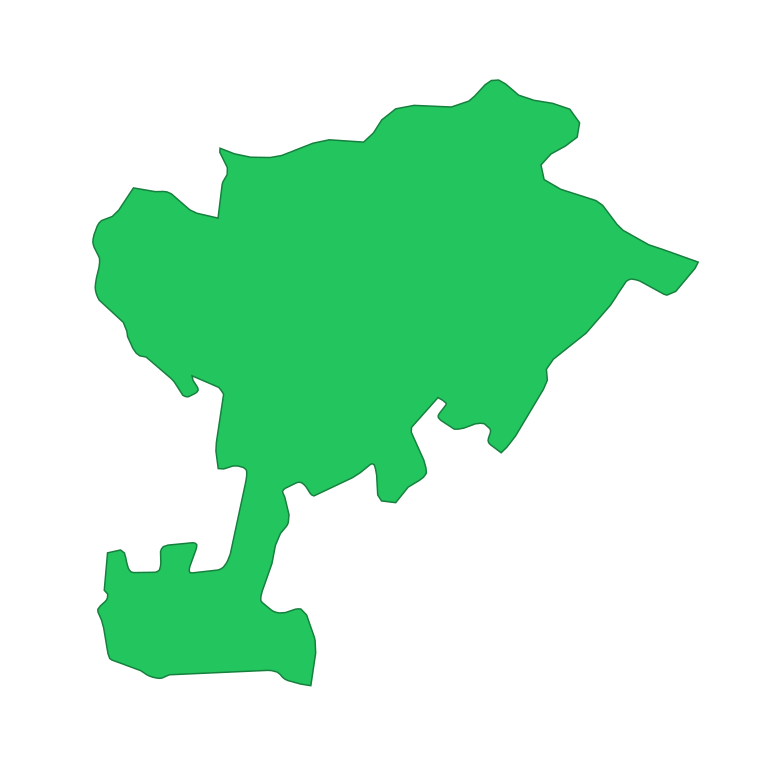 SVG path tracing the border of North Ossetia, rotated 185°
{"feature_id": "RUS-2305", "entity_name": "North Ossetia", "entity_type": "Republic", "adm_level": 1, "iso_a3": "RUS", "parent_name": "Russia", "parent_adm1": "", "projection": "natural_earth1", "projection_center": [44.363, 43.191], "detail": "fine", "context": "isolated", "style": "filled", "palette": "green", "viewbox_px": 768, "rotation_deg": 185, "n_neighbors": 0, "source": "natural_earth", "source_scale": "10m", "svg_char_len": 3425}
<svg xmlns="http://www.w3.org/2000/svg" viewBox="0 0 768 768"><g transform="rotate(185 384 384)"><path d="M296.2,696.8L288.9,693.4L284.0,689.9L275.1,683.5L259.4,679.7L240.5,678.3L222.9,674.0L211.9,661.2L213.1,646.7L224.1,636.8L237.7,627.7L246.7,615.9L242.3,601.6L235.3,598.3L225.0,593.4L188.9,585.2L181.7,581.0L165.7,563.2L159.2,557.9L132.5,545.8L117.9,542.3L81.6,532.8L84.2,526.3L101.4,501.7L109.9,497.2L112.9,497.8L138.2,508.9L141.7,509.7L146.6,510.2L149.4,509.1L151.6,507.4L159.1,493.9L160.2,491.5L165.1,482.5L187.1,452.3L217.4,423.5L223.5,412.9L221.6,402.0L224.7,392.6L248.5,343.5L256.2,331.6L261.3,325.7L272.7,332.8L274.5,334.5L275.4,336.6L275.2,339.2L273.9,344.4L273.7,346.7L274.7,348.8L280.7,353.2L284.5,353.3L289.8,352.2L300.4,347.1L306.0,345.5L310.2,345.2L323.8,352.5L325.4,353.7L326.9,355.2L327.3,357.0L326.5,359.1L320.4,368.7L320.2,369.6L320.6,370.4L323.8,372.7L329.0,375.2L352.8,343.2L352.6,338.3L337.7,311.6L334.9,304.1L334.0,299.0L335.2,296.7L336.6,294.5L340.2,291.2L350.9,283.4L362.0,266.8L376.3,267.3L380.6,272.9L383.4,292.6L385.1,298.8L386.7,302.7L388.7,303.5L390.3,302.9L400.1,293.4L407.3,287.9L444.0,266.4L446.2,267.1L448.0,268.6L452.5,274.6L454.5,276.5L457.3,278.4L459.9,278.8L462.3,278.1L473.1,271.6L474.8,270.1L475.7,268.2L475.2,266.6L473.0,262.7L467.2,245.4L467.3,237.6L468.0,235.2L469.3,233.0L474.1,226.2L478.1,213.8L480.0,195.3L487.3,166.8L488.1,161.5L487.9,157.6L486.4,155.8L476.6,149.0L474.1,147.8L471.3,147.1L468.1,146.8L462.3,147.7L452.7,151.9L450.1,152.5L447.2,152.6L441.0,147.2L431.4,125.9L430.3,122.6L428.6,110.0L430.6,77.1L440.9,77.8L453.9,80.2L456.9,81.3L459.4,82.9L462.2,85.7L465.3,87.7L470.9,88.7L474.8,88.6L572.6,75.6L579.3,71.8L582.1,71.2L585.2,71.3L588.5,71.7L591.8,72.5L595.0,73.7L601.3,77.2L631.0,85.3L633.3,86.6L635.5,91.4L642.0,116.5L644.8,124.1L649.1,132.0L649.4,134.7L647.1,138.4L643.0,142.8L641.5,144.9L640.8,147.5L641.0,150.7L644.7,154.1L644.7,191.7L632.0,195.7L627.9,193.1L626.1,188.3L624.6,183.3L622.8,178.5L621.5,176.5L619.8,174.9L617.2,174.3L595.5,176.5L593.3,177.5L591.5,179.2L590.8,182.8L590.7,186.0L592.0,197.5L591.3,200.3L589.7,202.7L585.1,204.7L560.8,209.2L558.3,209.0L556.6,207.8L556.4,205.6L556.8,202.9L561.3,186.0L561.8,183.2L561.7,180.7L560.7,179.2L558.6,179.1L533.3,184.2L530.5,185.5L528.0,187.6L525.4,191.8L524.1,195.1L522.3,201.3L513.2,274.3L512.8,280.4L513.0,283.2L513.3,285.6L514.6,287.2L516.9,288.6L522.4,289.6L527.2,289.2L536.3,285.4L541.8,285.3L545.6,302.6L545.9,311.2L542.9,359.9L545.8,363.6L548.3,366.2L575.9,375.4L574.6,371.0L570.3,365.5L569.1,363.7L568.6,361.6L569.6,359.7L571.4,358.1L577.8,354.2L580.4,354.1L583.4,355.2L593.2,367.9L596.4,370.8L623.3,390.1L629.8,390.8L633.5,393.1L637.3,397.7L643.6,408.9L644.7,414.0L649.1,422.7L675.0,442.7L676.9,445.7L677.8,447.5L678.8,449.8L679.6,452.3L680.1,455.0L680.1,459.3L679.7,464.8L678.1,475.2L677.9,480.6L678.4,484.5L679.6,486.7L684.7,495.0L685.7,497.4L686.4,499.9L686.4,503.3L685.9,507.3L683.4,516.5L681.8,519.7L679.6,522.2L669.3,527.2L663.4,534.1L650.7,557.5L628.6,555.7L620.3,556.6L616.7,556.4L612.4,554.9L592.9,540.7L585.4,537.8L563.8,534.8L562.6,569.0L561.9,571.8L558.5,579.0L558.9,585.9L567.7,600.4L567.9,604.6L553.2,600.3L536.6,598.3L517.1,599.7L505.9,602.7L475.7,617.7L459.9,622.5L425.4,623.2L416.4,633.2L409.2,647.0L401.8,653.9L396.4,659.1L391.9,660.4L378.3,664.2L341.1,665.8L324.2,673.2L318.9,678.6L309.3,691.0L303.5,695.7L296.2,696.8Z" fill="#22c55e" stroke="#15803d" stroke-width="1.5"/></g></svg>